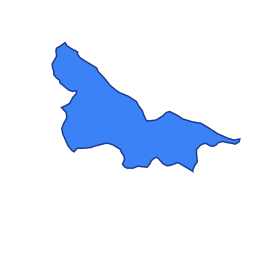 Älmhult, Kronoberg, Sweden (Robinson projection), rotated 211°
{"feature_id": "70781695B11327054975431", "entity_name": "Älmhult", "entity_type": "district", "adm_level": 2, "iso_a3": "SWE", "parent_name": "Sweden", "parent_adm1": "Kronoberg", "projection": "robinson", "projection_center": [14.182, 56.617], "detail": "fine", "context": "isolated", "style": "filled", "palette": "blue", "viewbox_px": 256, "rotation_deg": 211, "n_neighbors": 0, "source": "geoboundaries", "source_scale": "gbopen_adm2", "svg_char_len": 1456}
<svg xmlns="http://www.w3.org/2000/svg" viewBox="0 0 256 256"><g transform="rotate(211 128 128)"><path d="M210.4,167.3L216.3,166.9L222.4,166.9L225.9,168.8L228.3,163.1L230.4,159.6L229.5,157.0L226.1,152.7L226.0,143.7L225.3,142.8L223.9,141.1L220.5,138.0L219.2,135.6L215.2,134.1L211.2,133.7L209.6,131.7L198.5,130.0L194.4,130.8L191.4,133.5L190.1,130.6L191.0,126.1L190.7,118.9L193.5,114.3L195.6,111.3L189.1,109.5L185.7,105.4L185.4,98.2L184.5,93.4L180.8,89.3L175.8,85.8L170.3,81.9L164.1,79.8L161.9,79.9L161.9,80.4L161.0,84.5L156.0,87.6L153.0,89.7L149.3,92.6L147.1,95.6L144.9,97.6L141.2,101.5L138.1,104.3L132.6,105.8L123.6,105.8L121.7,104.1L117.1,101.9L114.9,99.5L114.0,94.1L111.2,93.0L108.5,93.0L103.2,96.0L99.8,100.4L94.9,102.6L91.4,104.3L90.8,108.4L91.1,112.3L90.2,115.2L88.0,118.0L83.7,116.7L79.7,115.4L75.0,115.8L72.3,118.0L67.3,124.1L55.5,124.3L50.2,124.2L50.7,124.7L51.5,129.5L51.2,134.7L55.2,140.1L58.2,144.5L57.4,149.6L55.8,152.7L53.4,154.9L48.0,155.1L45.2,156.6L43.7,159.0L43.1,161.8L40.3,165.0L36.1,166.4L30.9,168.5L27.8,169.4L25.6,173.5L26.5,176.2L31.0,172.2L38.0,170.5L48.3,169.2L59.5,169.6L68.0,169.6L75.5,166.6L85.7,163.9L91.4,164.3L100.7,163.6L103.1,161.0L104.5,156.0L108.2,149.1L113.4,145.1L116.2,143.8L121.3,147.4L124.6,150.1L130.7,152.7L134.4,155.0L143.8,155.4L152.6,154.0L156.8,154.0L165.7,155.4L173.2,158.3L182.6,161.0L185.9,163.3L199.4,163.3L205.5,163.6L209.3,165.3L210.4,167.3Z" fill="#3b82f6" stroke="#1e3a8a" stroke-width="1.5"/></g></svg>